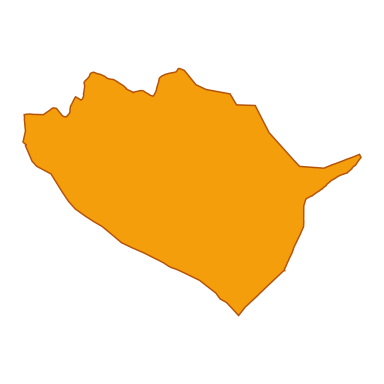 San Pedro Jicayán, Oaxaca, Mexico (Albers equal-area conic projection)
{"feature_id": "50627088B38884346620814", "entity_name": "San Pedro Jicayán", "entity_type": "district", "adm_level": 2, "iso_a3": "MEX", "parent_name": "Mexico", "parent_adm1": "Oaxaca", "projection": "albers", "projection_center": [-98.034, 16.464], "detail": "fine", "context": "isolated", "style": "filled", "palette": "amber", "viewbox_px": 384, "rotation_deg": 0, "n_neighbors": 0, "source": "geoboundaries", "source_scale": "gbopen_adm2", "svg_char_len": 3203}
<svg xmlns="http://www.w3.org/2000/svg" viewBox="0 0 384 384"><path d="M359.5,154.4L357.8,155.1L356.2,155.7L354.2,156.6L345.4,159.8L344.3,160.3L339.1,162.3L335.9,163.5L332.1,164.8L326.5,167.1L323.8,168.2L316.3,167.6L313.2,167.4L303.5,166.7L301.5,166.5L299.6,166.4L298.8,165.6L294.9,161.4L294.0,160.5L289.1,155.0L289.0,154.9L269.1,132.7L261.5,117.9L255.2,105.5L249.6,105.3L245.2,105.2L243.1,105.1L237.2,104.9L236.6,104.9L235.9,103.7L235.5,103.1L233.5,99.8L232.0,97.1L230.9,95.4L230.1,93.9L225.0,93.0L206.1,89.5L195.9,84.7L184.5,70.6L183.7,70.1L182.7,69.8L181.2,69.1L179.7,68.6L178.8,68.5L178.3,68.6L177.3,70.2L177.1,70.6L175.9,72.0L175.4,72.0L174.6,72.3L169.6,73.2L165.0,74.5L164.2,75.0L162.1,75.8L160.7,76.9L159.5,78.0L159.3,78.3L158.6,81.9L156.6,88.3L156.5,89.8L155.6,92.1L153.3,96.2L149.7,95.1L149.4,94.8L149.0,94.3L148.4,94.0L147.3,93.3L146.1,92.8L143.8,91.1L142.2,90.6L140.8,90.6L140.2,90.6L139.4,90.7L138.4,91.2L137.1,91.4L136.6,91.4L133.5,92.2L133.6,92.3L133.4,92.7L133.0,92.3L132.6,92.1L132.4,91.9L129.4,90.5L128.1,89.9L127.0,89.3L126.2,88.8L126.4,88.5L124.7,86.9L123.6,85.9L122.1,84.9L119.6,83.3L116.6,81.3L114.3,80.0L113.5,79.6L112.8,79.4L111.5,79.3L110.4,79.2L108.5,78.7L106.9,78.1L104.7,76.3L99.9,74.2L98.0,73.9L94.0,72.4L93.5,72.2L91.2,73.0L90.1,74.0L89.8,74.5L89.6,75.5L89.4,76.2L88.9,76.9L87.5,78.7L85.5,80.3L84.0,82.5L84.7,86.1L83.8,92.7L83.4,94.2L83.8,95.3L82.5,99.0L81.0,100.0L76.1,97.1L75.6,96.8L74.9,97.8L71.9,103.7L70.4,106.7L70.0,110.0L69.9,111.2L70.1,111.7L69.3,113.5L66.6,116.5L65.4,116.9L64.0,116.6L62.2,115.6L57.4,109.6L56.3,108.3L53.3,107.9L52.6,108.1L51.6,108.7L49.7,110.3L43.1,114.8L42.4,114.6L33.3,114.4L29.9,114.0L25.9,114.3L24.2,114.7L24.5,117.3L24.4,119.4L24.4,119.6L25.1,127.6L25.5,131.2L25.4,131.2L23.5,140.0L23.0,141.8L23.1,142.1L23.3,142.4L23.4,142.5L26.2,144.8L25.6,145.4L25.4,145.6L32.1,161.2L36.7,166.3L51.0,173.9L62.5,192.4L68.4,201.2L75.2,208.9L81.1,213.1L84.7,215.7L93.9,221.7L102.2,226.5L103.0,227.2L114.0,236.3L121.5,242.7L132.6,248.0L143.7,252.8L152.4,257.2L159.3,260.6L163.7,262.9L168.9,266.4L171.7,267.7L176.1,269.2L179.6,270.7L199.5,280.3L203.2,283.2L210.9,289.2L215.8,293.0L220.2,299.0L226.4,302.4L233.4,309.8L238.6,315.5L245.2,307.1L254.6,298.4L258.0,295.2L259.5,293.6L262.3,291.0L266.6,286.8L267.4,286.0L268.3,285.2L273.1,280.7L276.9,277.1L282.3,272.0L283.6,270.8L284.8,270.6L284.4,269.1L284.8,268.6L286.9,264.0L287.2,262.8L288.2,261.1L289.5,258.0L291.6,253.8L291.7,253.6L292.8,250.8L294.1,246.8L295.9,243.3L296.1,242.8L298.4,238.0L299.3,236.2L299.5,235.6L300.2,234.6L300.6,233.3L302.3,229.5L303.4,227.1L303.6,226.2L303.8,221.0L303.6,219.2L303.7,217.5L303.7,211.5L303.8,205.8L303.8,205.7L305.6,199.8L305.9,199.2L306.8,198.4L310.9,196.2L312.2,195.9L312.3,195.6L316.6,192.5L319.0,191.1L321.3,189.2L321.7,189.4L322.5,188.5L324.3,186.9L325.8,185.9L326.9,184.3L328.1,183.2L328.3,183.1L330.0,181.7L331.5,180.4L334.7,178.6L334.8,178.6L335.2,178.3L337.2,177.0L338.0,176.3L339.3,175.8L340.7,175.1L344.5,173.8L345.4,173.5L346.3,173.1L347.4,172.9L347.6,172.4L349.1,171.1L350.3,170.0L351.7,168.9L352.6,167.4L354.2,166.0L355.3,165.5L358.5,160.7L359.8,159.0L360.6,158.0L361.0,157.4L360.0,155.5L359.5,154.4Z" fill="#f59e0b" stroke="#b45309" stroke-width="1.5"/></svg>